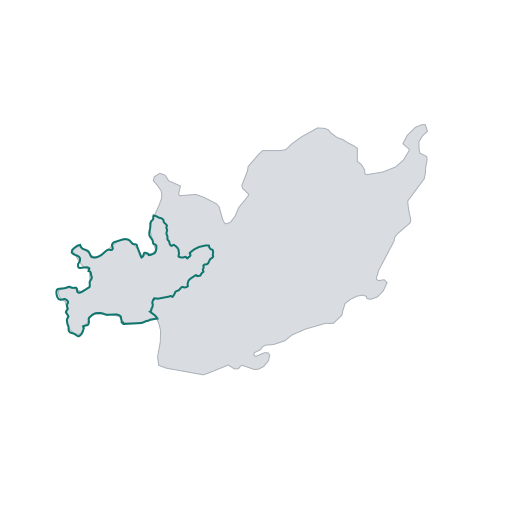 location of Graubünden within Switzerland, rotated 162°
{"feature_id": "CHE-170", "entity_name": "Graubünden", "entity_type": "Canton", "adm_level": 1, "iso_a3": "CHE", "parent_name": "Switzerland", "parent_adm1": "", "projection": "robinson", "projection_center": [9.485, 46.618], "detail": "fine", "context": "in_parent", "style": "outline", "palette": "teal", "viewbox_px": 512, "rotation_deg": 162, "n_neighbors": 0, "source": "natural_earth", "source_scale": "10m", "svg_char_len": 6923}
<svg xmlns="http://www.w3.org/2000/svg" viewBox="0 0 512 512"><g transform="rotate(162 256 256)"><path d="M373.2,175.6L376.0,177.1L382.3,182.0L380.8,190.4L373.6,203.8L369.7,214.8L369.3,223.2L370.0,227.1L371.3,227.0L378.3,227.6L381.8,227.6L393.0,229.9L401.9,233.2L403.7,236.7L404.9,241.0L415.5,246.8L427.7,250.6L431.9,249.4L447.0,235.7L452.8,238.0L456.4,245.2L456.3,249.1L452.2,263.6L451.5,271.4L455.1,276.5L455.5,280.5L454.5,284.2L448.4,284.5L440.3,282.5L433.4,276.3L428.2,277.0L423.7,278.6L421.4,284.5L419.3,291.6L420.0,295.6L423.3,298.6L425.8,305.0L427.6,313.4L429.0,317.2L427.5,318.9L423.2,320.1L419.7,318.9L413.4,309.0L410.5,305.2L405.6,304.5L396.9,306.9L383.6,312.5L378.3,312.5L373.7,311.4L369.4,306.6L365.8,297.5L364.6,291.7L362.1,291.9L353.6,290.2L349.6,292.5L349.6,301.9L348.8,313.5L344.5,321.0L332.6,334.1L328.2,339.7L326.5,343.8L326.1,347.4L327.9,353.5L330.4,359.4L328.3,362.7L322.0,364.4L317.5,360.9L315.8,354.5L306.2,345.9L310.6,338.7L309.9,336.9L294.1,333.1L287.2,327.7L277.7,318.1L275.9,314.0L276.4,300.6L275.8,297.3L274.6,295.8L269.9,295.9L263.4,300.5L257.4,307.5L245.2,315.3L243.9,317.0L247.9,324.6L247.7,327.5L237.7,339.7L235.7,343.7L223.0,351.3L217.2,354.2L199.7,348.6L194.8,347.9L187.0,351.7L175.8,355.3L157.9,358.8L151.4,356.2L148.3,353.8L146.8,350.1L142.3,343.6L137.3,339.7L133.9,335.5L129.2,330.9L126.3,327.1L130.4,314.8L127.6,310.5L126.1,304.3L127.0,300.2L125.4,299.1L109.3,296.7L95.9,297.5L86.3,301.6L78.3,308.4L77.4,309.9L77.8,311.1L81.6,317.4L74.9,324.0L64.7,329.1L57.5,329.6L54.4,328.6L54.4,321.6L60.3,318.9L65.8,314.3L67.7,307.9L68.4,303.3L62.9,297.8L63.6,294.4L67.2,288.0L69.4,282.3L72.2,277.4L83.5,269.4L94.8,261.3L96.6,252.7L97.6,242.3L99.3,239.8L114.4,233.5L118.2,231.1L120.1,227.5L132.1,215.8L144.0,204.2L146.4,200.4L148.4,198.1L148.4,196.2L147.0,194.7L141.4,193.8L139.6,190.1L145.7,183.5L153.3,179.5L160.7,179.4L163.6,181.3L163.5,183.5L166.6,185.8L172.2,186.6L179.1,185.7L185.9,183.3L190.2,177.4L192.7,173.0L203.5,168.0L210.8,170.5L231.2,171.2L246.0,169.8L255.3,166.4L266.9,166.4L274.6,168.3L275.9,168.0L278.1,167.6L280.2,165.7L287.5,164.5L288.5,162.9L288.2,161.4L286.9,160.6L277.9,161.4L274.5,160.2L273.6,157.4L276.5,152.5L283.1,148.5L288.7,147.6L292.7,148.6L302.5,156.0L304.9,156.2L306.2,154.9L308.3,154.2L311.7,155.6L315.5,160.2L316.1,160.9L338.0,159.3L342.9,159.3L357.8,167.3L373.2,175.6Z" fill="#d9dde1" stroke="#a8b0b8" stroke-width="1"/><path d="M346.4,319.7L345.6,320.8L344.6,321.7L343.5,322.1L342.5,322.7L342.0,323.8L341.6,325.1L340.9,326.2L338.8,324.9L338.1,324.2L336.2,322.2L334.7,321.4L334.1,320.9L333.4,319.9L333.1,319.3L332.9,318.7L333.2,317.3L333.2,316.7L333.1,316.3L332.2,314.7L331.5,313.2L331.3,312.6L331.4,312.2L332.1,311.4L332.5,310.7L332.6,310.1L332.5,309.4L332.4,308.7L332.6,307.9L334.0,305.7L334.3,304.9L334.2,301.6L334.6,300.7L334.9,299.6L335.1,299.1L335.0,298.6L334.6,297.9L334.2,297.1L334.1,296.2L334.3,295.0L334.3,294.1L334.3,293.4L333.3,291.7L331.9,291.9L331.5,292.0L331.3,292.1L330.7,291.9L329.7,290.7L328.8,289.3L328.5,288.8L328.3,288.2L327.7,286.0L327.8,285.7L327.9,285.2L328.1,284.6L328.2,283.3L328.4,282.6L328.6,281.8L329.0,281.2L329.6,280.1L329.8,279.6L329.7,279.3L329.5,279.0L328.3,278.1L327.3,277.7L326.7,277.4L326.3,277.2L323.2,277.0L322.8,276.3L322.5,275.8L322.4,275.2L322.2,275.0L321.7,275.0L320.9,275.6L320.1,275.8L319.4,276.0L318.7,276.3L318.1,277.1L317.9,277.7L318.0,278.2L318.2,278.5L318.3,278.9L318.1,279.3L317.2,279.8L312.7,281.4L307.4,282.2L300.5,281.6L297.5,280.4L297.8,278.9L297.6,278.0L297.1,276.7L296.9,276.3L296.6,276.1L296.2,275.9L295.8,275.7L295.6,275.4L295.4,274.9L295.3,274.3L295.4,273.7L296.0,271.9L296.7,270.7L296.8,270.1L296.9,269.6L296.8,269.3L296.8,269.0L297.1,268.5L297.7,268.1L299.2,267.5L300.1,267.3L300.9,266.9L303.0,264.6L303.9,263.8L305.5,263.3L306.8,263.7L307.2,263.8L308.5,263.5L308.8,263.3L309.2,262.9L309.1,261.9L309.2,261.5L309.9,260.5L310.7,259.6L310.9,258.7L310.8,257.3L311.1,257.1L311.7,256.9L312.4,256.7L313.0,256.2L314.0,255.7L314.9,254.6L316.8,254.7L317.7,255.0L318.2,255.0L318.3,255.3L318.5,256.1L318.9,256.3L319.7,256.3L324.7,254.9L326.7,254.1L328.0,253.1L328.6,252.4L329.1,251.6L329.3,251.0L329.6,250.6L329.8,250.2L330.0,249.8L329.9,249.0L330.0,248.6L330.2,248.3L330.8,248.1L331.7,247.9L333.2,248.0L334.0,248.3L334.7,248.7L335.1,249.2L335.8,249.4L336.7,249.2L339.8,247.4L341.1,247.2L342.7,247.1L343.5,246.9L344.0,246.6L345.5,244.8L348.0,242.9L349.4,244.3L349.7,244.4L350.2,244.4L350.6,244.2L362.5,245.7L364.3,246.5L365.3,247.1L366.0,247.2L366.3,247.1L366.5,246.2L367.6,245.9L368.8,244.1L369.1,243.5L369.2,242.9L369.1,242.4L369.4,241.1L369.9,240.2L370.5,239.2L370.9,238.8L371.8,238.2L372.0,237.7L372.3,236.7L372.8,236.3L373.3,236.0L374.0,235.9L373.5,235.0L370.7,231.1L369.8,229.2L369.1,227.3L369.1,226.9L371.1,227.4L374.1,227.8L376.5,228.2L378.4,227.7L380.0,228.1L384.7,227.6L386.2,227.8L403.1,232.3L402.9,233.6L403.3,233.8L403.9,233.8L404.2,234.2L404.2,234.8L403.8,235.9L403.6,238.5L403.3,239.7L403.5,240.7L404.6,242.1L406.8,243.6L416.4,246.2L419.9,249.0L421.9,250.0L425.7,251.1L427.0,251.1L427.6,251.1L429.9,250.6L433.8,248.9L434.7,247.7L434.9,246.9L435.0,245.9L435.4,244.5L436.8,242.6L438.2,242.3L440.0,242.7L442.2,242.6L442.2,240.6L443.8,238.0L446.0,235.8L448.6,234.5L449.1,234.4L449.6,234.5L450.1,234.8L451.0,235.7L452.9,238.2L455.9,240.3L456.7,241.1L457.2,243.0L456.1,246.8L456.4,249.1L455.9,252.7L455.6,253.7L455.1,254.4L453.1,256.4L453.3,258.1L453.9,259.7L454.2,261.3L453.1,262.7L451.6,263.5L451.2,264.5L451.3,265.8L451.1,267.4L450.3,268.7L449.3,269.5L448.9,270.5L449.6,272.7L451.3,274.3L455.1,274.6L457.0,276.0L457.6,278.1L457.6,281.0L456.9,283.8L456.3,284.5L455.7,285.5L454.0,285.8L447.6,284.4L444.5,284.6L443.3,284.5L442.3,284.1L441.8,283.5L441.3,283.0L440.6,282.5L436.9,281.4L436.5,280.2L437.0,277.9L436.8,276.6L435.4,275.6L433.1,275.6L424.6,277.7L423.7,278.1L423.3,278.9L422.3,282.6L421.5,283.4L419.6,285.1L418.8,286.1L418.7,286.9L418.7,289.3L418.3,290.5L418.4,291.5L418.6,292.4L419.1,293.0L419.9,293.4L418.3,295.7L419.7,297.3L422.3,298.1L426.3,298.8L427.9,299.3L428.5,300.6L427.9,303.0L427.2,303.8L425.4,305.2L424.7,306.3L424.2,307.8L424.2,308.8L424.5,309.8L425.4,311.0L429.1,314.2L430.2,316.2L429.1,318.4L426.6,319.7L422.8,321.0L419.8,320.9L419.7,318.4L418.8,316.5L415.3,313.8L414.0,312.3L413.4,309.8L413.3,307.6L412.7,305.8L410.5,304.5L408.6,304.1L406.9,304.0L403.0,304.6L397.0,307.2L395.2,307.7L394.0,307.5L391.8,306.4L390.9,306.4L389.9,307.3L389.7,308.6L389.8,309.9L389.8,310.7L388.4,312.4L386.8,313.0L376.5,312.9L374.4,312.2L372.5,311.1L371.3,309.7L369.6,305.7L368.8,305.2L366.8,304.2L366.1,303.7L366.0,303.0L366.1,301.3L365.6,290.6L365.3,289.9L364.6,290.1L363.1,291.0L362.5,291.7L362.2,292.5L361.8,293.2L360.8,293.5L360.1,293.2L357.8,291.4L357.8,290.0L356.0,289.6L351.6,290.0L349.9,291.4L348.3,294.1L347.6,296.8L348.5,298.3L349.7,299.0L349.9,300.2L349.6,301.6L349.6,303.2L350.8,307.1L351.0,308.5L350.4,311.0L347.8,315.7L346.4,319.7Z" fill="none" stroke="#0f766e" stroke-width="2"/></g></svg>